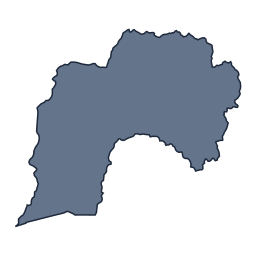 outline of Kuala Kangsar, Perak, Malaysia
{"feature_id": "92858781B74262532069256", "entity_name": "Kuala Kangsar", "entity_type": "district", "adm_level": 2, "iso_a3": "MYS", "parent_name": "Malaysia", "parent_adm1": "Perak", "projection": "robinson", "projection_center": [101.145, 4.799], "detail": "fine", "context": "isolated", "style": "filled", "palette": "slate", "viewbox_px": 256, "rotation_deg": 0, "n_neighbors": 0, "source": "geoboundaries", "source_scale": "gbopen_adm2", "svg_char_len": 5298}
<svg xmlns="http://www.w3.org/2000/svg" viewBox="0 0 256 256"><path d="M58.4,67.8L56.5,70.6L57.2,72.2L57.3,74.0L56.9,75.5L55.2,76.4L53.5,77.7L52.5,79.2L53.7,80.5L55.5,81.4L55.7,84.2L55.0,85.5L53.7,87.6L52.3,89.2L52.3,90.4L52.4,92.0L52.3,94.4L51.6,96.6L50.3,98.6L48.5,100.3L45.9,100.6L44.3,102.3L40.9,104.0L37.1,107.8L37.9,111.5L37.9,113.4L37.7,116.0L37.4,119.7L36.6,131.2L37.4,133.4L38.6,134.7L39.2,137.2L39.1,139.3L38.8,141.5L37.7,144.2L35.6,147.0L34.6,149.3L33.9,151.2L33.7,154.0L32.7,156.9L31.3,158.2L29.6,160.0L28.9,162.3L29.9,164.4L32.4,165.6L33.8,166.3L35.3,167.6L36.5,168.5L36.6,170.2L35.0,171.7L33.9,173.1L34.4,175.5L36.7,178.4L37.5,181.9L38.2,183.7L37.8,185.4L36.8,188.7L36.3,190.7L34.6,192.0L34.6,193.9L34.2,196.9L32.6,197.9L31.7,199.4L31.3,201.4L31.3,203.3L30.8,204.7L28.8,205.4L27.2,205.0L26.9,206.4L26.1,208.3L25.4,210.3L24.6,212.3L23.7,214.0L22.9,215.2L21.2,216.2L20.0,217.5L18.6,218.9L18.5,221.4L18.7,223.1L17.7,224.6L15.4,226.5L25.9,223.2L26.2,222.4L52.2,215.8L64.0,212.9L67.1,211.3L69.6,212.1L71.0,212.8L73.1,213.7L75.0,215.0L80.4,214.9L95.2,215.0L95.8,213.7L96.1,213.0L96.6,211.9L96.6,209.7L97.1,207.0L97.1,205.3L97.9,203.8L99.3,202.9L100.6,202.2L101.8,201.0L102.2,199.4L102.0,197.6L101.3,195.9L102.1,194.4L102.6,193.8L103.2,193.1L101.5,192.2L101.4,190.5L102.0,188.2L101.9,186.2L101.4,184.9L101.1,183.6L101.4,182.3L102.1,181.2L103.4,180.5L103.9,176.3L104.0,174.7L105.5,173.1L106.5,171.5L106.5,170.0L106.7,167.7L107.5,166.0L108.6,164.8L110.1,164.4L111.1,164.0L111.0,162.0L110.0,161.4L108.8,160.4L108.6,158.7L108.4,157.1L109.1,155.4L109.4,154.0L110.0,152.3L111.1,150.7L112.4,149.1L113.5,147.9L114.1,146.3L114.2,145.0L114.5,143.4L116.4,141.8L117.1,141.0L118.0,140.0L118.6,138.8L119.9,138.9L121.7,140.2L124.0,140.4L125.4,139.6L126.8,138.8L128.1,138.1L129.9,137.4L131.0,137.1L132.1,136.7L133.2,136.3L135.0,134.1L136.8,133.7L140.0,134.5L141.2,134.4L143.0,134.0L145.1,134.4L147.8,134.7L149.3,134.9L150.1,136.7L151.3,136.7L152.4,136.3L154.7,136.4L156.8,136.4L158.3,137.2L159.3,138.5L159.8,140.9L161.8,140.8L162.4,140.8L163.3,141.3L164.1,142.0L164.8,142.6L165.5,143.5L165.4,144.6L166.1,145.4L167.5,144.8L168.4,144.9L169.3,144.7L170.2,143.8L171.6,144.1L172.5,145.1L173.0,146.2L173.8,146.5L174.6,147.0L175.3,148.6L175.5,149.7L176.5,150.8L177.0,151.4L178.4,152.1L179.9,152.3L181.1,151.9L182.0,152.3L182.4,153.8L182.7,155.8L183.3,157.2L184.2,158.0L185.5,158.5L186.8,158.5L187.8,158.5L188.3,159.1L189.0,159.6L189.7,160.6L190.5,162.2L190.9,163.9L191.0,166.0L190.7,166.8L192.1,167.3L193.2,167.3L193.9,167.9L195.1,169.6L195.5,171.0L200.1,169.8L201.9,169.8L202.9,168.7L202.9,167.1L202.7,166.2L202.6,165.0L203.1,164.4L203.8,163.8L204.5,163.2L204.4,162.5L204.3,161.6L204.8,160.5L205.3,159.1L206.0,159.1L206.6,159.3L207.1,159.9L208.1,161.3L209.2,161.2L209.8,161.1L210.4,160.7L211.0,160.2L211.9,159.1L212.6,158.3L213.6,158.4L214.5,159.8L215.2,160.7L216.2,160.4L217.1,160.2L217.4,158.8L218.4,157.3L219.5,156.1L219.3,155.4L219.3,154.6L219.0,152.5L218.7,151.5L217.9,149.4L217.3,148.6L217.2,147.6L217.5,146.1L216.9,145.1L216.6,144.3L216.2,143.2L215.7,142.1L216.3,141.4L217.7,141.3L218.7,141.0L219.6,140.4L220.5,140.4L221.9,140.4L222.7,140.2L222.7,138.8L222.4,137.6L222.5,136.5L222.7,135.6L223.5,134.6L224.0,133.2L224.6,131.8L225.7,130.3L226.7,128.3L228.2,122.9L227.5,122.3L226.5,120.9L226.1,119.2L225.7,118.2L223.7,115.0L224.3,114.1L224.0,112.7L224.4,111.7L226.0,111.9L226.7,111.7L227.1,110.8L227.1,109.3L227.3,108.2L228.2,108.0L229.2,108.4L230.9,108.6L232.0,108.0L233.0,106.8L234.4,106.7L235.6,107.3L237.5,107.3L238.0,105.9L237.2,104.8L236.1,104.1L235.1,103.0L234.9,102.2L234.7,100.4L236.0,99.4L236.3,99.3L237.6,98.2L239.0,96.2L239.6,95.2L240.2,93.7L239.5,92.1L239.6,90.3L240.4,88.6L240.6,87.0L240.5,84.7L240.3,82.6L239.4,80.9L238.4,79.2L237.7,77.7L237.7,76.3L238.7,75.5L238.8,73.8L238.2,72.3L237.8,71.6L236.5,70.2L235.1,69.7L234.6,68.7L233.7,67.3L233.0,66.8L231.5,65.2L231.5,63.6L230.7,61.7L230.3,61.9L229.2,62.7L227.8,62.8L225.5,61.9L225.0,61.2L222.6,62.7L222.3,64.4L220.5,64.8L218.8,65.6L216.8,65.3L215.8,66.2L214.4,67.2L212.3,66.9L211.9,64.5L211.5,62.9L211.2,60.8L211.5,59.6L212.1,58.4L211.3,56.7L211.7,55.3L212.9,52.2L212.6,50.0L212.3,48.1L212.2,46.8L211.9,45.2L210.5,44.4L209.6,44.0L208.3,43.4L206.9,42.8L206.2,41.1L205.8,39.1L204.3,37.8L202.5,37.8L200.9,38.4L197.9,39.8L197.0,39.0L194.9,38.6L193.0,36.5L190.5,34.9L188.9,33.3L188.1,34.0L186.8,35.8L185.0,36.6L183.2,36.8L182.6,35.8L180.7,34.8L180.4,33.3L179.5,32.1L177.5,32.0L176.4,30.6L175.2,31.1L173.7,32.8L172.3,32.7L170.8,33.5L169.5,33.1L167.3,34.1L165.5,34.3L163.5,34.5L161.9,35.4L159.7,37.3L157.7,37.2L155.9,36.2L154.2,35.2L154.4,33.3L153.1,32.5L150.4,32.8L148.7,32.8L146.9,31.5L145.8,32.0L144.2,33.6L141.4,34.3L138.3,32.4L136.2,31.4L134.2,29.8L133.0,30.0L131.4,31.9L129.6,31.9L129.0,29.5L127.7,29.8L126.1,31.1L124.5,32.1L123.1,33.1L122.4,35.4L121.2,38.4L119.7,39.8L118.6,41.3L117.8,43.6L116.3,45.4L114.8,46.5L113.0,48.1L112.7,50.1L111.5,51.4L111.0,54.3L110.9,56.6L110.1,58.3L108.7,60.0L108.3,62.0L107.5,64.0L106.7,66.9L105.2,67.5L103.3,67.2L101.7,67.3L100.4,67.4L97.9,66.4L96.5,65.4L95.2,63.7L93.5,63.5L91.5,64.2L89.0,65.0L87.0,64.8L84.3,64.4L82.0,64.0L79.6,63.3L76.6,62.4L73.8,62.1L71.1,62.1L69.0,63.7L68.0,64.9L64.7,64.4L63.0,65.4L61.9,66.1L61.2,66.0L59.9,66.7L59.3,67.3L58.4,67.8Z" fill="#64748b" stroke="#1e293b" stroke-width="1.5"/></svg>